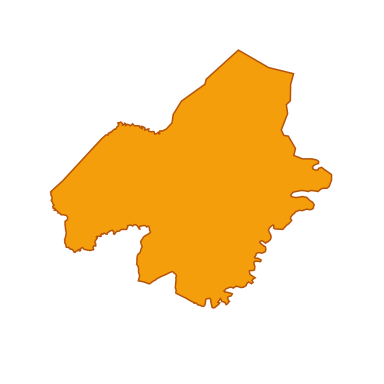 Kolondieba, Sikasso, Mali, rotated 70°
{"feature_id": "8926073B25086326483325", "entity_name": "Kolondieba", "entity_type": "district", "adm_level": 2, "iso_a3": "MLI", "parent_name": "Mali", "parent_adm1": "Sikasso", "projection": "robinson", "projection_center": [-6.6, 10.875], "detail": "fine", "context": "isolated", "style": "filled", "palette": "amber", "viewbox_px": 384, "rotation_deg": 70, "n_neighbors": 0, "source": "geoboundaries", "source_scale": "gbopen_adm2", "svg_char_len": 6032}
<svg xmlns="http://www.w3.org/2000/svg" viewBox="0 0 384 384"><g transform="rotate(70 192 192)"><path d="M143.7,325.0L145.4,324.9L145.8,325.3L146.7,325.6L147.9,325.3L148.8,325.3L150.0,325.6L151.1,326.2L151.5,327.1L151.9,327.1L153.3,326.7L154.5,326.7L156.2,326.6L156.5,326.3L157.3,326.3L157.5,326.9L158.0,327.8L158.7,327.8L160.0,328.0L160.2,327.6L160.3,326.8L160.6,326.4L161.6,326.5L161.9,327.1L162.2,327.5L162.5,326.8L162.6,326.2L162.6,325.7L165.2,324.6L165.8,325.0L166.0,324.3L167.0,323.5L167.5,323.2L168.4,322.9L168.8,322.4L169.6,320.2L171.1,318.3L172.3,317.6L173.2,317.5L174.0,317.8L175.1,318.4L175.7,319.5L176.0,320.3L176.1,321.3L179.1,322.4L184.5,323.7L186.8,324.0L188.9,324.9L191.5,326.6L192.5,327.4L193.4,328.2L194.5,328.2L195.5,328.5L196.3,329.0L197.0,328.8L197.9,328.6L199.3,328.7L200.4,329.0L200.9,329.0L201.4,328.2L202.1,326.7L203.1,326.3L204.1,326.0L204.6,324.7L205.3,324.0L206.7,323.6L208.0,323.4L208.6,323.0L208.7,322.5L208.0,321.2L208.0,320.1L207.4,318.7L207.4,317.9L207.5,317.3L208.3,317.4L208.8,317.9L209.0,317.4L208.9,316.8L207.3,316.1L206.7,314.6L206.7,314.1L207.1,313.7L208.0,313.4L208.9,313.1L210.9,310.0L211.5,308.6L212.0,308.1L212.3,306.4L212.5,304.2L212.0,303.9L211.1,304.0L210.4,303.9L209.4,303.5L209.0,302.8L209.0,302.2L209.7,301.5L209.8,300.9L209.1,300.5L207.9,300.4L207.2,300.1L206.7,300.5L205.8,300.6L204.9,299.6L203.7,298.0L203.2,297.5L203.2,297.0L202.6,296.8L201.9,297.2L201.5,297.3L201.1,296.9L201.7,295.5L201.8,294.6L201.8,294.0L202.4,293.4L202.6,292.7L202.1,292.4L200.9,292.2L200.4,291.3L200.6,290.7L201.1,290.3L201.0,289.5L200.6,288.9L201.1,287.9L202.0,287.4L202.5,286.6L202.5,286.0L201.7,285.6L201.4,285.0L200.7,282.7L200.6,281.2L200.8,279.9L201.2,280.0L202.2,279.2L203.3,279.4L204.0,280.0L205.1,279.7L205.2,279.1L204.3,278.1L203.6,276.9L203.3,275.7L203.8,274.2L203.7,273.1L203.1,271.7L203.0,270.8L203.6,269.9L203.9,268.5L204.7,266.8L204.6,265.9L203.9,265.5L203.2,264.7L202.5,264.2L201.9,264.2L201.6,263.9L202.1,261.0L202.9,260.0L203.7,259.5L203.5,258.8L203.1,257.9L202.9,257.2L203.5,256.3L204.1,255.6L205.1,255.0L206.3,254.6L207.5,254.4L208.4,254.4L208.9,253.7L207.2,253.5L206.8,253.2L206.4,252.5L207.1,248.3L207.7,247.4L208.5,246.9L209.4,246.5L209.0,245.3L209.5,244.4L210.4,244.2L212.1,244.6L212.9,244.9L213.9,244.9L214.8,244.7L215.3,244.6L215.7,244.9L216.5,247.0L216.6,248.0L217.2,251.3L217.7,252.9L218.7,254.0L219.5,255.3L220.4,256.4L221.1,257.3L223.1,257.5L226.5,257.6L227.3,258.6L228.5,259.6L230.9,261.3L231.6,262.6L232.0,264.0L233.4,265.3L235.8,266.5L239.9,268.1L240.9,268.7L241.0,268.5L243.0,268.3L244.5,268.1L247.1,268.9L249.1,269.7L252.7,269.8L253.5,270.3L257.1,272.8L257.5,272.3L258.3,270.8L260.2,267.7L261.4,266.4L263.1,264.4L263.7,263.5L263.7,262.8L263.1,261.0L262.4,258.4L262.3,256.8L261.5,254.5L260.8,249.5L260.7,246.0L260.2,241.6L260.0,239.2L260.0,238.4L260.2,237.5L262.3,236.4L263.2,235.7L263.9,235.4L265.3,235.3L266.2,235.9L267.1,236.6L269.4,237.1L270.1,237.6L274.8,239.7L276.3,240.5L278.5,240.4L279.9,241.0L281.2,241.7L281.8,241.5L286.5,237.1L288.9,234.7L294.6,229.9L295.7,228.7L297.0,227.8L297.3,227.9L297.4,227.6L297.1,227.3L298.0,225.9L299.9,225.3L301.0,223.5L302.7,221.7L303.5,220.4L303.1,219.1L301.3,217.6L299.3,216.6L298.2,216.2L297.5,215.4L297.4,214.6L297.8,212.5L298.1,211.6L300.2,211.1L301.3,211.9L301.9,211.9L305.9,212.4L307.1,212.6L307.9,212.0L308.5,210.5L306.9,205.9L305.7,203.9L304.6,205.4L301.8,201.8L303.0,201.5L305.1,201.4L305.7,200.6L306.3,199.4L307.2,198.8L309.5,198.5L309.3,197.1L308.0,195.2L307.8,194.3L306.5,194.8L305.2,194.8L303.8,194.9L302.8,193.7L303.0,190.6L301.4,188.9L298.4,192.9L297.4,195.1L295.9,195.9L295.7,194.6L294.8,193.8L294.6,192.3L294.5,188.9L295.5,186.7L296.4,186.2L295.6,182.6L298.7,178.3L299.1,176.1L298.3,172.9L296.8,171.8L295.9,169.7L298.5,167.4L297.8,165.5L295.9,165.9L294.9,164.8L294.3,162.0L289.3,165.7L286.6,165.4L285.5,164.9L286.2,162.9L286.7,161.4L286.5,159.8L284.8,159.1L283.3,158.3L280.9,158.4L279.2,157.8L278.7,156.1L279.7,153.7L280.9,151.6L280.5,151.0L279.6,150.3L277.4,152.2L276.5,153.2L275.9,155.2L274.5,155.5L273.5,153.7L272.3,153.2L271.6,151.7L271.9,149.7L273.4,147.2L273.2,143.9L272.5,143.0L271.5,142.6L270.8,142.1L268.4,141.8L267.4,142.9L262.5,145.7L261.8,145.0L261.6,142.8L265.3,140.3L264.7,138.9L264.7,137.4L263.5,134.6L262.0,133.4L260.1,132.7L255.4,133.2L254.4,133.3L254.0,133.1L253.1,132.4L252.0,131.1L251.3,129.3L250.7,127.2L251.6,126.6L253.7,127.6L254.9,126.9L258.2,119.5L255.4,114.1L255.0,112.1L253.7,109.7L253.6,109.3L252.6,108.0L250.7,108.6L249.5,108.0L247.6,105.0L247.1,103.0L246.0,101.6L246.0,99.3L245.8,97.7L247.3,94.6L247.3,89.8L248.6,88.1L249.3,85.8L248.9,84.0L248.8,83.7L247.3,82.8L246.0,81.6L243.0,82.1L240.4,84.1L238.8,84.9L236.2,86.1L234.0,89.9L233.0,95.4L231.9,98.0L230.0,100.3L228.5,99.9L227.0,97.7L226.8,96.4L227.9,89.1L229.2,85.9L230.8,83.5L231.3,82.6L231.2,80.4L231.6,78.9L234.1,74.2L234.7,73.4L233.3,69.9L233.3,67.4L233.8,66.5L234.6,63.7L233.6,61.1L230.9,58.9L228.7,56.9L223.9,55.1L223.2,55.0L214.8,60.8L213.1,61.8L213.1,64.9L214.4,66.4L213.2,69.2L211.3,70.6L210.1,70.4L208.9,68.9L208.3,66.5L208.5,63.4L206.5,62.5L204.3,64.2L201.9,68.0L198.6,77.0L192.5,83.8L186.5,79.9L172.4,82.4L170.3,86.3L164.3,86.9L151.0,75.3L142.2,73.5L139.9,68.4L124.6,62.5L115.6,56.1L101.2,77.6L74.5,99.9L90.9,140.1L95.1,142.9L103.0,170.9L112.8,183.2L120.1,187.1L124.0,194.4L124.6,199.3L124.1,199.6L123.7,201.5L124.4,202.1L126.0,202.3L126.1,203.1L124.4,203.4L124.9,204.9L124.9,207.2L122.3,207.1L121.7,208.1L121.7,209.4L119.9,212.0L119.1,212.0L118.0,211.0L117.6,213.0L117.7,215.1L115.5,214.4L113.6,216.0L113.2,216.8L115.4,217.1L113.5,218.9L112.6,218.4L111.6,219.2L110.2,223.3L107.6,224.5L108.2,225.9L108.8,227.4L107.4,228.1L106.2,229.8L106.8,231.5L104.9,231.2L104.4,231.8L105.5,232.2L105.4,234.4L104.1,233.8L101.9,235.0L102.1,236.4L101.7,237.4L101.8,238.1L102.8,238.0L103.1,237.8L104.5,238.4L105.1,240.1L106.9,242.3L106.4,243.2L107.2,245.8L108.3,247.2L107.7,248.1L108.5,249.3L108.1,250.4L109.7,251.4L108.9,253.2L111.1,258.8L137.4,309.9L142.3,321.9L143.7,325.0Z" fill="#f59e0b" stroke="#b45309" stroke-width="1.5"/></g></svg>